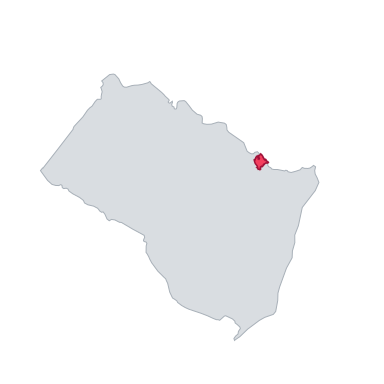 location of Hohoe Municipal, Volta, Ghana, rotated 308°
{"feature_id": "2480657B20464126159243", "entity_name": "Hohoe Municipal", "entity_type": "district", "adm_level": 2, "iso_a3": "GHA", "parent_name": "Ghana", "parent_adm1": "Volta", "projection": "orthographic", "projection_center": [0.486, 7.154], "detail": "fine", "context": "in_parent", "style": "filled", "palette": "rose", "viewbox_px": 384, "rotation_deg": 308, "n_neighbors": 0, "source": "geoboundaries", "source_scale": "gbopen_adm2", "svg_char_len": 5401}
<svg xmlns="http://www.w3.org/2000/svg" viewBox="0 0 384 384"><g transform="rotate(308 192 192)"><path d="M233.8,54.8L236.5,57.4L237.1,58.9L236.1,64.6L234.1,68.5L232.8,72.2L233.0,74.1L234.2,75.9L238.4,78.8L240.5,80.7L243.0,83.6L246.0,86.4L250.9,90.0L253.0,90.7L252.9,91.7L252.2,93.1L251.8,106.7L251.4,110.2L251.0,111.9L250.6,117.0L250.0,117.7L249.1,117.7L248.2,117.8L248.0,118.9L248.4,119.9L251.4,120.6L250.7,121.4L248.5,122.1L247.4,123.6L247.9,125.4L246.7,126.8L247.0,127.7L247.8,128.4L249.1,128.1L252.6,125.8L254.1,125.5L255.9,126.0L259.2,129.6L259.4,131.3L258.0,137.3L256.7,141.9L256.4,148.1L257.8,151.5L257.7,153.4L256.1,155.1L252.6,157.5L252.9,159.1L254.5,162.1L257.4,165.5L263.2,169.6L266.2,175.1L266.3,177.3L264.5,179.5L262.4,181.4L261.7,184.2L262.7,202.4L258.1,210.3L258.1,212.6L258.6,215.2L259.8,216.8L262.1,217.2L264.0,218.8L263.3,224.3L262.3,230.0L262.1,232.7L261.6,234.0L259.8,235.1L259.1,236.8L259.6,239.1L259.2,240.7L260.2,242.8L262.3,245.4L265.6,252.0L266.9,252.5L267.5,253.8L267.1,255.2L268.4,258.1L272.1,260.9L276.0,263.5L279.2,263.8L279.9,266.1L282.0,268.9L283.5,270.2L285.9,271.0L287.8,271.4L287.9,273.9L284.4,275.5L282.0,278.0L280.2,281.9L277.7,286.1L268.9,288.3L265.6,288.3L247.7,288.4L230.9,296.6L221.3,299.5L215.4,304.2L207.4,307.4L201.8,311.4L190.2,313.3L171.2,319.5L165.2,322.0L159.2,326.4L149.4,331.5L145.6,331.4L138.0,326.5L132.2,324.1L118.2,320.3L107.7,318.8L102.6,317.2L101.2,316.9L102.4,315.2L105.4,315.1L108.4,315.7L110.8,314.4L114.2,314.2L115.1,312.8L115.4,309.4L115.4,306.6L116.6,305.3L116.9,302.0L115.2,294.7L114.1,293.9L108.0,292.8L107.5,291.3L106.4,289.8L105.3,286.0L104.0,280.4L101.9,273.5L97.8,262.0L96.8,257.9L96.2,253.8L96.1,248.8L96.9,247.0L96.8,244.5L96.5,241.9L99.4,236.1L105.1,229.0L106.3,226.5L107.4,224.7L107.6,222.1L108.6,213.8L111.4,203.8L113.1,200.0L114.3,197.9L115.7,194.6L116.1,193.0L121.3,189.1L123.7,188.1L124.3,186.5L123.5,184.8L123.8,183.7L125.1,183.1L127.0,182.7L128.4,181.0L126.3,168.6L124.7,156.3L124.6,155.2L123.5,153.5L122.5,148.4L120.8,145.4L118.4,144.5L118.4,141.7L120.9,137.0L121.6,134.2L120.4,133.3L120.2,131.2L121.1,127.7L120.7,125.5L120.3,123.2L117.8,117.8L117.2,114.0L118.5,111.7L118.5,106.8L117.2,99.3L117.0,94.5L118.0,92.5L117.6,90.6L115.7,88.8L115.6,87.1L117.2,85.4L117.0,84.0L115.1,83.1L113.3,80.7L111.8,77.0L112.2,71.1L115.3,60.3L115.6,59.4L119.0,59.5L119.0,59.9L129.3,59.9L141.2,59.9L155.4,59.8L168.3,59.7L168.8,59.3L171.0,58.7L184.0,59.8L192.1,59.3L195.6,59.7L198.1,60.4L203.7,60.0L206.7,60.3L208.9,63.0L209.9,62.9L211.1,61.8L213.4,60.5L215.7,59.5L217.3,57.3L218.3,55.7L219.8,56.1L221.9,56.0L223.4,54.6L223.9,52.5L233.8,54.8Z" fill="#d9dde1" stroke="#a8b0b8" stroke-width="1"/><path d="M257.4,221.4L257.1,221.5L256.9,221.5L256.7,221.5L256.4,221.4L256.2,221.3L256.0,221.2L255.9,221.2L256.0,221.4L256.0,221.5L256.1,221.8L255.9,221.8L255.8,222.0L255.7,222.0L255.5,221.9L255.3,221.8L255.0,221.9L254.5,222.6L253.4,224.3L252.6,227.5L252.4,227.7L252.3,227.8L252.2,227.8L252.0,228.4L251.7,228.7L251.3,228.6L251.2,228.5L251.2,228.8L251.2,229.1L251.0,229.3L250.9,229.5L250.8,229.8L250.7,229.9L250.7,230.0L250.8,230.2L250.7,230.3L251.1,230.7L251.2,231.0L251.3,231.1L251.5,231.2L251.7,231.3L251.8,231.4L251.8,231.5L252.0,231.7L251.9,231.8L252.0,231.8L252.3,232.0L252.4,231.9L252.4,231.6L252.5,231.6L252.5,231.4L252.8,231.4L253.0,231.4L252.9,231.4L253.0,231.4L253.3,231.4L253.2,231.4L253.1,231.2L253.3,231.1L253.5,231.0L253.6,230.9L253.4,230.8L253.5,230.8L253.5,230.7L253.5,230.8L253.5,230.7L253.8,230.5L254.0,230.6L254.1,230.8L254.3,230.7L254.6,230.7L254.7,230.8L254.8,230.9L255.0,231.0L255.3,231.1L255.2,231.4L255.1,231.6L255.3,231.8L255.5,231.7L255.8,231.7L255.9,231.8L256.0,231.8L256.3,231.9L256.6,231.9L256.9,231.8L257.0,231.8L257.2,231.7L257.3,231.5L257.5,231.4L257.7,231.5L257.8,231.5L258.1,231.5L258.3,231.5L258.4,231.8L258.2,231.9L258.2,232.0L258.3,232.0L258.5,232.0L258.7,231.9L258.8,231.9L259.0,231.9L259.3,232.0L259.5,232.1L260.1,232.2L260.2,232.3L260.4,232.4L260.5,232.5L260.6,232.8L260.9,232.9L260.9,233.0L261.1,233.2L261.3,233.2L261.3,233.4L261.3,233.5L261.2,233.6L261.3,233.7L261.4,233.8L261.5,233.8L261.6,233.7L261.7,233.8L261.8,233.8L262.0,233.9L262.2,234.0L262.3,234.0L262.3,233.9L262.2,233.8L262.3,233.7L262.5,233.3L262.6,233.2L262.5,232.9L262.6,232.7L262.3,231.6L262.4,231.4L262.5,231.3L262.6,231.0L262.9,230.6L263.0,230.5L263.0,230.4L263.1,230.2L263.0,229.9L263.0,229.6L262.9,229.5L262.7,229.5L262.6,229.4L262.5,229.2L262.4,229.2L262.2,229.2L262.1,229.3L262.1,229.2L262.3,228.4L262.6,228.2L262.7,227.9L262.7,227.4L262.8,227.3L263.0,227.3L263.2,227.1L263.3,226.9L263.1,226.5L263.2,226.2L263.3,226.2L263.5,226.1L263.8,225.6L263.9,225.4L263.9,224.6L264.0,224.5L264.2,224.4L264.1,224.1L264.1,223.8L264.2,223.6L264.2,223.3L264.3,223.2L264.4,222.7L263.9,222.7L263.3,222.7L262.7,222.6L261.8,222.1L261.7,221.9L261.6,221.7L261.4,221.6L261.3,221.8L261.4,221.7L261.5,221.8L261.4,221.8L261.3,222.0L261.2,222.3L261.3,222.5L261.2,222.5L260.9,222.5L260.8,222.9L260.6,223.1L260.4,223.1L260.4,223.3L260.5,223.3L260.4,223.4L260.2,223.5L260.2,223.8L259.9,224.0L260.0,224.4L259.8,224.5L259.7,224.6L259.0,224.6L259.1,223.9L258.9,223.7L259.3,223.5L259.6,223.4L259.6,223.2L259.8,222.9L259.8,222.7L259.9,222.4L260.0,222.2L259.9,221.9L259.9,221.6L259.9,221.3L259.7,221.2L259.7,220.9L259.3,221.0L259.2,221.1L258.9,221.1L258.4,221.1L258.2,221.1L257.9,221.3L257.8,221.5L257.4,221.4Z" fill="#f43f5e" stroke="#9f1239" stroke-width="1.5"/></g></svg>